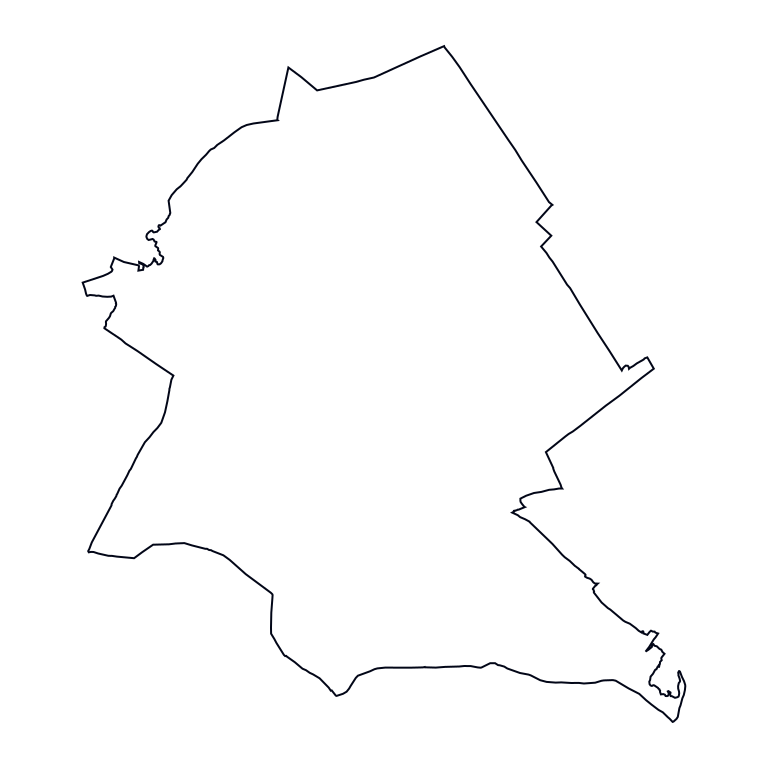 Fibis, Timis, Romania
{"feature_id": "2599482B17548071630420", "entity_name": "Fibis", "entity_type": "district", "adm_level": 2, "iso_a3": "ROU", "parent_name": "Romania", "parent_adm1": "Timis", "projection": "mercator", "projection_center": [21.414, 45.966], "detail": "fine", "context": "isolated", "style": "outline", "palette": "ink", "viewbox_px": 768, "rotation_deg": 0, "n_neighbors": 0, "source": "geoboundaries", "source_scale": "gbopen_adm2", "svg_char_len": 6099}
<svg xmlns="http://www.w3.org/2000/svg" viewBox="0 0 768 768"><path d="M672.6,721.9L673.5,721.6L676.5,718.9L677.8,716.9L679.4,708.1L680.5,705.4L682.4,698.2L683.8,695.0L684.9,690.1L685.3,686.3L685.2,684.9L684.0,681.1L681.9,676.8L680.0,671.7L679.4,671.1L679.0,671.1L678.2,672.6L678.5,674.5L678.4,675.3L679.6,678.6L680.1,681.0L679.8,681.8L678.8,683.0L678.1,686.1L678.2,688.7L679.0,691.4L679.2,693.3L678.9,695.4L678.5,696.6L677.1,697.3L675.0,697.8L671.9,696.2L670.7,696.1L670.5,695.3L669.9,694.6L670.1,694.1L669.9,693.4L670.5,693.0L670.5,692.5L668.4,691.1L667.8,691.4L668.6,693.0L668.7,694.5L667.9,695.8L667.0,696.1L665.6,696.0L664.9,694.7L663.3,694.1L660.9,694.4L660.0,691.8L660.1,690.6L659.6,690.2L659.5,689.4L658.4,688.6L658.0,687.9L654.3,685.4L653.2,685.2L652.3,685.8L651.6,685.9L650.5,685.4L649.6,684.2L649.3,681.7L650.1,680.0L650.6,676.6L653.0,673.8L655.0,670.1L655.8,669.4L656.4,669.3L657.8,666.4L658.1,666.2L658.5,666.8L659.1,666.8L659.4,665.2L659.1,664.7L659.9,664.0L660.0,662.0L661.7,660.2L661.3,658.6L661.5,657.6L664.5,653.8L662.4,651.9L661.3,649.7L659.5,648.9L656.8,646.3L654.4,645.7L653.4,644.1L652.7,644.4L652.2,645.1L651.8,647.0L648.5,649.7L646.3,651.1L646.1,650.9L649.2,646.9L653.8,639.4L655.6,637.3L658.1,633.5L656.1,632.9L655.2,632.4L654.6,631.6L652.8,631.6L651.0,630.7L649.7,631.8L647.3,634.9L643.3,633.4L643.5,632.3L643.2,631.4L642.3,631.3L641.5,632.5L638.6,630.7L635.8,628.1L629.8,623.7L625.3,621.8L623.2,620.5L610.3,609.6L607.9,608.1L601.6,602.5L593.9,592.6L593.8,591.9L594.1,591.4L593.3,589.4L592.9,589.2L592.9,588.7L595.2,585.9L596.4,585.2L596.9,584.3L597.7,583.6L594.9,583.5L593.3,582.3L591.5,579.8L589.7,578.6L587.1,577.8L585.2,576.7L585.0,576.1L585.5,575.2L585.5,574.7L585.0,574.1L579.0,569.1L579.0,568.9L574.8,565.8L569.7,560.9L564.7,557.2L562.1,554.7L552.5,544.0L529.7,522.1L529.6,521.7L525.0,519.2L520.1,517.1L517.8,515.2L512.2,512.6L514.3,511.4L514.1,510.8L516.6,510.3L517.6,509.7L518.5,509.7L524.8,507.1L524.4,506.9L521.8,503.7L520.6,501.9L520.4,500.7L520.4,498.6L526.2,495.7L534.0,493.0L541.4,491.9L549.2,489.8L554.0,489.4L559.2,488.5L562.1,488.5L561.5,487.7L560.6,484.7L554.3,471.5L553.2,468.5L553.3,468.0L545.9,452.1L565.2,436.6L568.6,434.0L572.8,431.5L580.0,426.1L605.9,405.6L619.3,395.8L641.5,378.0L653.8,368.7L647.3,357.4L644.6,358.4L643.7,359.5L636.8,363.4L633.3,366.0L629.9,367.9L629.0,368.8L628.6,366.8L627.8,365.8L625.7,365.6L624.1,366.9L622.8,368.4L621.8,370.5L609.4,350.9L597.7,333.1L579.8,304.4L570.1,288.1L567.1,284.7L552.6,261.6L549.4,257.6L546.5,253.0L541.1,246.5L551.3,235.7L536.5,222.1L551.3,205.6L552.4,204.9L549.0,202.1L536.4,182.5L521.7,160.5L515.3,150.0L508.1,139.6L470.7,84.2L459.6,67.1L452.1,56.7L444.6,47.4L444.1,46.1L420.4,56.4L374.0,77.5L364.0,79.7L355.8,82.0L317.1,90.4L301.4,77.2L288.4,67.5L277.6,116.9L277.3,119.8L277.7,120.2L253.4,123.5L246.7,125.0L241.6,127.2L239.6,128.6L234.4,132.3L223.9,140.5L217.4,144.8L214.2,148.0L210.8,149.5L209.2,151.0L206.1,154.7L201.5,159.2L197.7,163.8L192.3,172.0L187.3,178.2L186.7,179.6L185.1,181.4L180.7,186.1L176.7,189.3L171.7,195.1L168.6,200.7L170.3,213.0L169.9,213.7L169.8,214.7L168.7,216.0L168.2,217.8L166.6,219.5L165.5,222.2L160.5,225.6L159.8,225.2L159.0,225.2L158.7,225.5L158.4,226.8L159.0,227.8L159.7,228.3L159.9,229.1L158.6,230.0L157.1,231.7L153.8,232.4L153.1,232.0L152.4,230.8L151.9,230.6L150.6,231.0L149.0,232.1L147.0,234.2L146.4,236.3L146.6,237.5L147.4,239.1L148.7,240.0L152.6,239.0L153.6,239.6L154.6,241.5L156.4,241.9L156.5,242.5L155.3,245.4L155.4,246.2L158.0,248.0L158.2,248.7L158.0,250.4L159.5,251.6L159.8,252.3L159.6,254.0L159.9,254.9L163.0,256.9L163.2,257.4L163.3,258.0L162.5,260.4L162.4,261.3L161.0,263.3L159.6,264.3L157.9,264.4L157.4,263.9L157.0,262.1L155.5,261.6L155.3,261.2L155.6,260.1L154.7,258.6L154.2,258.3L153.6,259.6L153.4,260.9L151.5,263.7L150.1,265.0L149.1,265.2L148.3,266.1L147.1,266.6L143.3,263.9L139.1,262.0L139.2,263.1L142.1,264.2L143.3,265.1L143.7,266.8L143.6,267.4L143.3,267.5L143.1,269.8L138.4,270.6L139.0,266.3L138.7,265.4L123.9,262.0L114.2,257.6L114.2,258.4L110.8,267.0L112.5,269.6L112.1,270.8L111.4,271.7L107.9,273.8L103.1,275.9L82.7,282.6L85.1,289.5L86.0,293.5L86.6,295.1L87.2,295.9L90.0,295.0L94.8,295.4L96.1,295.8L98.7,295.6L102.5,296.5L107.2,296.8L111.2,296.6L113.5,295.7L116.0,302.6L116.1,303.4L115.9,303.6L116.2,304.5L115.9,306.0L115.2,306.8L115.2,307.8L115.0,308.2L114.7,308.5L113.2,311.2L111.4,312.7L110.8,313.5L110.0,316.2L109.0,317.8L106.0,321.3L105.9,322.1L106.1,323.9L105.9,325.3L105.6,326.5L104.5,327.2L104.4,328.3L121.3,339.6L125.5,343.4L137.4,351.0L156.1,364.0L173.4,375.6L171.4,379.7L169.9,387.4L169.4,388.9L169.4,390.1L167.4,401.2L165.0,412.3L161.3,422.8L157.4,428.0L153.4,432.1L149.6,437.1L144.9,442.2L137.7,454.8L136.7,457.2L136.0,458.2L131.5,467.6L130.7,469.2L129.5,470.6L127.2,475.5L121.7,485.7L119.6,488.6L117.2,494.0L116.7,494.6L116.3,496.1L114.7,498.8L113.3,500.7L111.6,504.1L111.5,505.4L91.8,542.4L89.3,549.0L88.2,551.1L88.8,552.3L91.0,551.9L93.6,552.0L98.2,553.5L108.4,555.8L112.1,555.9L116.8,556.6L134.1,558.2L142.2,552.2L153.1,544.7L169.0,544.3L175.5,543.5L184.4,543.1L191.9,545.4L205.3,548.8L207.0,548.8L209.1,550.0L211.1,550.2L212.4,551.0L223.4,555.3L229.7,559.9L245.7,574.1L270.9,592.8L272.3,594.2L272.6,595.0L272.4,598.2L271.3,612.7L271.0,627.7L271.1,633.7L274.4,639.1L276.4,642.9L283.9,654.9L285.2,656.1L286.2,655.9L286.9,656.6L294.8,662.2L302.5,668.7L306.0,670.2L309.7,672.8L313.1,674.4L319.6,678.3L328.7,687.6L330.8,690.7L331.7,690.4L335.8,695.6L336.6,695.9L343.0,693.8L346.6,691.7L349.1,688.6L350.6,686.0L355.8,677.9L357.9,675.7L370.0,671.3L374.5,669.2L377.4,668.4L385.2,667.6L409.4,667.7L422.9,667.4L424.8,667.0L424.9,667.3L435.8,667.6L445.0,666.9L459.3,666.5L464.2,666.0L470.8,666.1L477.6,667.4L480.5,667.7L481.5,667.5L490.2,663.2L495.1,663.2L498.0,665.1L499.8,665.3L504.3,666.6L507.3,668.5L520.0,673.0L528.6,674.6L530.8,675.4L540.2,680.2L546.6,681.9L555.6,682.6L561.3,682.4L571.3,683.0L578.7,682.9L583.9,683.5L595.2,682.7L601.4,680.8L603.9,680.4L612.9,680.1L615.7,680.7L628.6,688.4L639.3,693.9L646.1,700.2L651.4,704.5L658.5,709.9L662.8,712.3L667.6,717.0L669.7,718.8L672.6,721.9Z" fill="none" stroke="#020617" stroke-width="2"/></svg>